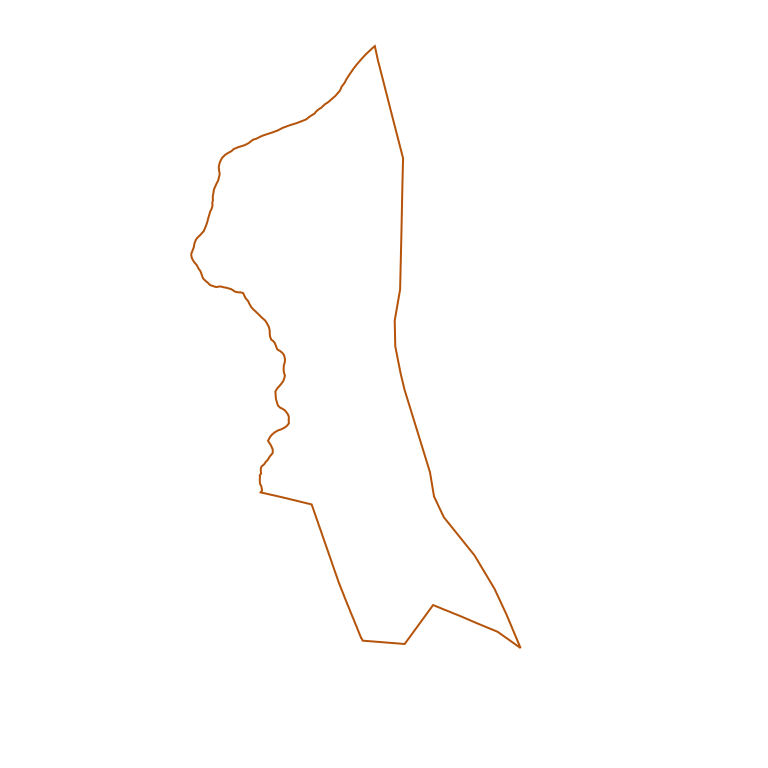 the district of At Tina, Western Darfur, Sudan, rotated 330°
{"feature_id": "16777658B29691256653968", "entity_name": "At Tina", "entity_type": "district", "adm_level": 2, "iso_a3": "SDN", "parent_name": "Sudan", "parent_adm1": "Western Darfur", "projection": "orthographic", "projection_center": [23.027, 15.059], "detail": "fine", "context": "isolated", "style": "outline", "palette": "amber", "viewbox_px": 768, "rotation_deg": 330, "n_neighbors": 0, "source": "geoboundaries", "source_scale": "gbopen_adm2", "svg_char_len": 4235}
<svg xmlns="http://www.w3.org/2000/svg" viewBox="0 0 768 768"><g transform="rotate(330 384 384)"><path d="M370.2,681.2L374.9,644.1L377.3,616.4L376.7,577.7L369.2,529.3L371.1,506.4L379.7,483.4L399.0,398.9L403.7,383.1L412.6,357.0L425.0,334.4L445.2,310.2L476.5,258.8L499.9,220.1L513.4,198.0L524.9,156.6L539.2,105.7L540.4,101.2L545.0,86.8L542.8,87.2L541.0,87.5L540.0,87.8L533.9,89.2L532.3,89.6L527.3,91.2L520.4,93.6L516.9,95.0L515.0,95.8L507.2,99.5L503.1,101.7L501.0,103.2L495.6,105.5L494.9,106.2L493.6,107.1L492.1,108.1L490.5,108.6L485.9,110.2L482.7,110.8L476.8,112.0L475.5,112.1L474.1,112.1L472.7,112.2L470.0,112.8L467.9,113.4L465.3,113.4L461.7,114.0L458.9,115.1L456.2,115.1L452.9,115.3L449.0,115.9L445.9,115.5L444.1,115.2L440.7,114.7L438.4,114.3L435.4,113.6L429.8,112.4L427.5,112.1L424.6,111.5L418.6,111.3L416.6,110.9L415.2,110.7L412.9,110.3L407.4,109.1L405.4,108.7L402.0,108.1L400.5,108.0L395.9,107.7L393.1,107.0L391.1,107.1L387.4,107.7L382.8,107.5L380.0,106.9L379.2,106.7L376.0,106.0L371.2,105.4L368.2,106.1L364.5,105.9L363.5,106.0L360.9,106.1L356.6,107.3L353.9,109.1L353.0,109.8L352.1,110.5L351.1,111.5L350.6,112.1L349.4,113.5L348.7,114.9L348.0,116.5L346.7,120.0L346.0,120.8L344.0,122.9L342.4,124.6L341.2,125.5L339.0,126.8L336.6,128.6L336.0,129.0L334.0,130.5L332.2,132.7L331.2,134.0L329.5,135.9L327.6,139.5L326.0,141.1L325.8,141.4L324.7,143.7L323.0,145.5L322.0,146.3L321.0,147.0L319.8,147.6L318.3,149.1L317.8,149.6L315.7,151.6L313.9,153.3L312.7,154.6L311.0,156.2L310.1,157.0L309.0,157.9L306.4,159.9L304.3,161.5L301.4,162.4L299.0,163.2L296.8,163.7L295.4,164.1L293.4,164.9L292.4,165.7L290.1,167.5L289.1,168.8L287.4,170.7L285.4,172.3L284.3,173.2L284.1,173.4L282.9,174.3L282.1,175.0L281.4,176.3L280.6,178.8L280.5,180.6L280.5,182.5L280.8,185.0L281.2,187.0L281.3,187.4L281.1,191.8L281.4,193.9L281.2,196.1L280.6,199.1L280.1,201.9L281.0,205.5L282.0,208.0L282.9,211.4L285.5,214.4L287.1,216.1L290.9,217.6L292.1,218.6L293.2,219.8L295.5,221.7L299.0,225.3L300.4,227.9L300.4,228.0L301.0,229.3L302.2,230.5L302.5,230.8L304.1,232.1L305.4,232.7L307.5,234.9L307.0,240.2L307.8,244.6L307.5,246.8L307.5,249.6L307.4,250.9L308.2,254.3L309.7,259.1L311.3,265.1L312.8,269.6L313.0,272.2L312.8,277.2L312.4,278.5L311.8,280.4L310.8,282.2L309.7,284.3L308.9,286.5L308.8,287.6L308.5,289.3L309.5,291.3L309.9,293.7L309.5,296.7L308.9,300.2L309.3,301.6L310.3,303.0L311.6,306.4L311.8,309.2L310.7,313.0L309.1,315.4L306.6,317.7L304.4,321.1L303.0,324.2L302.5,327.0L300.6,329.1L298.2,331.1L295.3,332.4L292.0,333.6L289.3,334.4L286.2,336.2L284.9,338.8L282.9,343.0L281.4,349.5L282.1,352.3L283.7,354.7L285.0,357.3L285.6,361.6L285.4,364.0L285.0,365.2L283.4,367.6L281.9,370.6L280.2,371.2L278.6,371.8L276.3,372.0L274.4,372.0L271.8,371.8L269.1,371.2L265.4,371.2L261.7,371.8L259.0,372.8L257.5,373.7L255.2,375.2L255.2,377.3L255.4,380.6L254.9,385.1L253.1,388.1L251.0,388.9L248.8,389.7L245.1,391.7L242.6,392.3L240.4,393.5L239.9,393.6L236.7,394.2L235.0,395.7L233.7,397.9L232.7,400.2L230.7,401.0L230.0,402.8L228.8,404.3L226.7,408.4L226.7,411.0L225.1,415.4L223.7,415.9L223.0,416.2L224.3,417.5L226.6,419.5L229.0,421.8L234.7,427.0L236.4,428.6L241.7,433.6L242.1,433.9L244.1,435.9L248.6,440.2L248.8,440.3L253.1,444.5L261.1,452.1L261.0,452.7L260.8,453.8L259.9,458.7L259.8,458.9L259.8,459.1L258.4,466.3L257.9,468.9L257.8,469.7L257.0,473.5L256.0,479.1L254.3,487.8L254.2,488.1L253.1,494.1L252.9,495.0L252.8,495.7L252.1,499.3L251.1,504.4L249.8,511.5L249.6,512.3L248.6,517.4L248.1,520.0L247.5,523.1L247.2,524.9L246.1,530.6L245.7,532.6L245.5,533.8L245.4,534.6L244.5,540.6L244.3,542.3L244.0,544.1L243.1,549.9L243.0,550.7L242.6,553.5L242.1,557.0L241.9,558.4L241.6,560.9L241.0,564.9L240.4,569.3L240.2,571.0L239.9,573.4L239.3,577.3L239.1,579.2L238.6,582.8L238.5,583.1L238.2,585.6L238.1,585.9L237.9,587.6L237.8,588.4L237.6,589.7L237.5,590.5L237.2,592.5L237.4,592.6L237.2,595.6L271.9,619.5L316.0,600.0L316.2,600.3L316.9,601.1L317.3,601.6L317.6,602.1L318.3,603.0L318.8,603.6L319.2,604.1L320.6,605.9L320.9,606.3L321.3,606.8L321.5,607.1L321.9,607.6L322.1,607.9L322.9,608.9L323.9,610.2L325.5,612.2L325.7,612.5L326.7,613.7L328.1,615.5L328.8,616.5L331.6,620.0L335.2,624.7L344.0,636.5L347.5,641.1L358.5,655.4L364.3,668.0L369.9,680.2L370.2,680.9L370.2,681.2Z" fill="none" stroke="#b45309" stroke-width="2"/></g></svg>